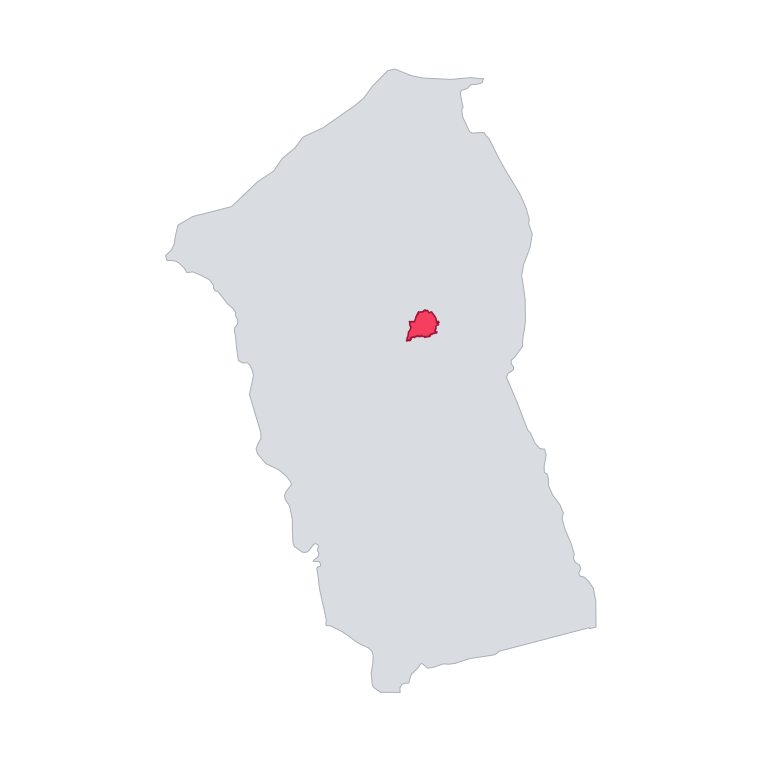 location of Nkoranza South, Brong Ahafo, Ghana, rotated 166°
{"feature_id": "2480657B38880944597072", "entity_name": "Nkoranza South", "entity_type": "district", "adm_level": 2, "iso_a3": "GHA", "parent_name": "Ghana", "parent_adm1": "Brong Ahafo", "projection": "natural_earth1", "projection_center": [-1.641, 7.453], "detail": "fine", "context": "in_parent", "style": "filled", "palette": "rose", "viewbox_px": 768, "rotation_deg": 166, "n_neighbors": 0, "source": "geoboundaries", "source_scale": "gbopen_adm2", "svg_char_len": 7261}
<svg xmlns="http://www.w3.org/2000/svg" viewBox="0 0 768 768"><g transform="rotate(166 384 384)"><path d="M461.8,85.7L467.0,91.4L468.2,94.6L466.3,106.9L462.5,115.5L460.1,123.6L460.4,127.6L462.8,131.6L470.7,138.0L474.7,142.1L479.5,148.3L485.1,154.4L494.5,162.3L498.5,163.7L498.3,165.9L497.0,169.0L496.2,198.5L495.5,206.1L494.8,209.9L493.9,221.0L492.9,222.5L491.2,222.4L489.5,222.8L489.1,225.0L489.8,227.3L495.5,228.9L494.2,230.5L490.0,232.0L488.1,235.3L488.9,239.1L486.6,242.2L487.3,244.2L488.8,245.7L491.2,245.2L497.8,240.1L500.6,239.5L504.0,240.6L510.4,248.3L510.7,252.1L508.1,265.1L505.6,275.2L505.2,288.5L507.8,296.0L507.5,300.1L504.6,303.7L498.0,308.9L498.5,312.4L501.5,319.0L507.1,326.3L517.9,335.3L523.7,347.2L523.8,352.0L520.5,356.8L516.6,360.9L515.3,367.0L517.1,406.5L508.6,423.7L508.5,428.6L509.4,434.2L511.6,437.7L516.0,438.6L519.6,441.9L518.4,454.0L516.5,466.3L516.2,472.2L515.1,475.0L511.7,477.3L510.5,481.2L511.4,486.0L510.7,489.5L512.6,494.1L516.5,499.8L522.8,514.0L525.2,515.1L526.3,518.1L525.6,521.0L528.0,527.2L535.0,533.5L542.4,539.0L548.3,539.8L549.7,544.7L553.6,550.9L556.4,553.6L560.9,555.4L564.7,556.3L564.8,561.6L558.2,565.2L553.7,570.6L550.2,578.9L545.5,588.0L529.1,592.8L522.8,592.8L489.1,593.0L457.6,610.9L439.5,617.3L428.3,627.4L413.3,634.6L402.8,643.2L381.1,647.4L345.3,661.1L334.2,666.5L322.9,676.0L304.5,687.2L297.3,687.0L282.9,676.6L272.1,671.4L245.6,663.4L225.8,660.3L216.3,656.9L213.7,656.3L215.9,652.6L221.4,652.3L227.2,653.5L231.6,650.6L238.0,650.2L239.7,647.2L240.2,639.7L240.2,633.6L242.4,630.9L243.0,623.8L239.9,607.9L237.6,606.1L226.1,603.9L225.2,600.7L223.1,597.4L221.0,589.2L218.4,577.0L214.4,562.0L206.7,537.1L204.8,528.3L203.5,519.4L203.2,508.7L204.8,504.7L204.5,499.2L203.8,493.7L209.3,481.0L220.0,465.5L222.3,459.9L224.3,456.0L224.6,450.5L226.5,432.4L231.6,410.6L234.8,402.3L237.0,397.9L239.6,390.6L240.3,387.2L250.2,378.7L254.7,376.3L255.7,373.0L254.2,369.3L254.8,366.8L257.2,365.5L260.8,364.5L263.5,361.0L259.3,334.1L256.0,307.3L255.8,305.0L253.8,301.3L251.8,290.2L248.5,283.7L243.9,281.8L243.9,275.7L248.6,265.4L249.8,259.3L247.6,257.5L247.3,252.8L248.9,245.2L248.1,240.5L247.2,235.5L242.4,223.8L241.2,215.4L243.7,210.6L243.6,199.9L241.0,183.5L240.6,173.1L242.4,168.8L241.5,164.7L238.0,160.8L237.8,157.0L240.8,153.3L240.4,150.4L236.6,148.3L233.3,143.3L230.3,135.3L231.0,122.4L236.6,98.8L237.3,96.8L243.6,96.9L243.7,97.9L263.4,97.7L285.9,97.4L312.9,97.1L337.3,96.9L338.4,95.8L342.4,94.5L367.2,96.9L382.6,95.7L389.2,96.5L394.0,98.1L404.7,97.1L410.4,97.7L414.7,103.6L416.4,103.5L418.8,101.0L423.1,98.2L427.4,95.9L430.5,91.3L432.4,87.8L435.2,88.5L439.3,88.3L442.0,85.4L443.0,80.8L461.8,85.7Z" fill="#d9dde1" stroke="#a8b0b8" stroke-width="1"/><path d="M323.1,420.8L322.5,420.8L322.4,420.8L322.2,421.2L321.8,421.3L321.6,421.6L321.4,421.6L321.3,421.3L321.2,421.2L320.9,420.9L320.7,420.8L320.5,421.2L320.2,421.3L320.1,421.5L320.2,421.8L320.3,421.8L320.6,421.6L321.0,422.0L321.4,422.9L321.5,423.0L321.3,423.3L321.2,423.6L321.3,423.6L321.4,423.8L321.6,423.9L320.8,424.7L320.5,424.7L320.3,425.0L320.1,425.1L320.0,425.3L320.0,425.5L320.0,426.0L319.9,426.8L319.8,427.2L319.8,427.4L319.3,427.6L318.8,427.9L318.7,428.0L318.2,428.3L318.2,428.5L317.6,428.6L317.4,428.6L317.0,428.3L316.8,428.2L316.6,428.3L316.5,428.2L316.3,428.1L317.1,428.8L316.8,430.0L315.8,430.3L315.9,431.0L316.4,431.8L316.8,431.7L317.2,431.3L317.6,430.9L317.8,430.8L318.1,430.8L317.7,435.2L318.6,438.2L320.2,441.7L320.3,441.8L320.4,442.2L320.4,442.4L321.6,442.5L321.9,442.4L322.5,442.4L322.7,442.2L322.8,442.4L323.0,442.4L323.2,442.6L323.4,442.9L323.4,443.0L323.5,443.2L323.6,443.6L323.7,443.8L323.7,444.1L323.8,444.2L324.1,444.9L324.3,445.0L324.5,444.9L324.6,445.0L325.4,445.1L325.6,445.1L325.8,445.1L326.0,445.1L326.0,445.3L326.4,445.4L326.3,445.6L326.6,445.6L326.6,445.8L326.8,445.9L327.0,445.7L326.9,445.6L327.0,445.4L327.3,445.6L327.7,445.5L328.1,445.0L328.2,444.9L328.3,444.7L329.2,445.0L329.6,445.0L329.8,444.7L330.3,444.7L330.5,444.7L330.8,444.7L330.9,444.9L331.0,445.1L332.0,445.1L332.5,445.2L332.9,445.7L333.0,445.7L333.3,445.2L333.6,445.0L333.8,444.9L334.0,444.6L333.9,444.6L333.8,444.3L333.8,444.2L334.0,443.6L334.4,443.3L334.5,443.4L334.8,443.4L335.2,443.4L335.3,443.3L335.4,443.1L335.4,442.8L335.5,442.6L335.8,442.2L336.0,442.0L336.2,441.9L336.3,441.8L336.5,441.6L336.6,441.4L336.8,441.4L336.9,441.0L337.0,440.9L337.1,440.7L337.3,440.4L337.6,439.9L337.7,439.6L337.8,439.4L337.9,439.2L338.3,438.7L338.5,438.4L338.5,438.2L338.8,437.8L339.0,437.8L339.0,437.7L339.2,437.3L339.4,437.3L339.5,437.3L339.6,437.2L339.9,437.1L340.1,437.1L340.3,437.1L340.5,437.1L340.7,437.3L341.2,437.4L341.3,437.5L341.6,437.7L341.6,437.8L341.8,437.8L342.3,438.0L342.5,437.8L342.6,437.7L342.8,437.7L343.2,437.6L343.3,437.7L343.6,437.8L343.7,438.0L343.8,438.4L344.0,438.5L344.2,438.4L344.1,438.2L344.1,437.8L344.2,437.7L344.2,437.4L344.3,437.0L344.2,436.8L344.2,436.6L344.3,436.3L344.5,436.1L344.5,435.9L344.6,435.7L344.6,435.1L344.7,434.8L344.6,434.7L344.6,434.4L344.6,434.2L344.6,433.9L344.5,433.7L344.2,433.3L344.1,433.1L343.9,433.0L343.8,432.8L344.2,432.3L344.4,432.3L344.8,431.4L346.2,429.6L346.4,429.4L346.5,429.3L346.9,429.1L347.3,428.8L347.5,428.7L347.7,428.4L348.0,427.6L348.1,427.4L348.5,426.4L348.6,426.0L348.5,425.8L348.8,425.6L349.0,425.2L349.3,424.3L349.4,424.2L349.5,424.1L349.7,423.9L349.9,423.8L350.0,423.6L350.7,422.5L350.8,422.1L350.8,421.5L350.9,421.1L351.6,420.9L351.6,420.3L351.5,420.2L351.1,420.2L350.7,420.3L350.5,420.6L350.2,420.8L349.8,420.9L349.5,420.6L349.4,420.5L349.4,420.1L348.8,419.9L348.5,420.2L348.3,420.3L347.9,420.1L347.9,420.5L347.9,420.8L347.7,420.8L347.6,420.6L347.3,420.8L347.2,421.0L347.1,421.3L347.1,421.5L347.0,421.8L346.9,421.7L346.9,421.8L346.8,421.7L346.7,421.8L346.6,421.7L346.5,422.0L346.2,422.0L346.1,422.3L345.8,422.4L345.8,422.5L345.6,422.5L345.4,422.4L345.2,422.5L344.9,422.6L344.7,422.4L344.5,422.5L344.4,422.6L344.2,422.6L344.0,422.4L343.9,422.4L343.7,422.4L343.6,422.1L343.3,422.0L343.2,422.0L343.0,421.7L342.9,421.8L342.8,422.0L342.7,422.1L342.3,422.2L342.1,422.3L342.0,422.5L341.9,422.5L341.7,422.5L341.4,422.6L341.1,422.5L341.0,422.4L340.9,422.4L340.7,422.3L340.5,422.2L340.4,422.3L340.4,422.2L340.2,422.3L339.8,422.6L339.7,422.5L339.6,422.4L339.1,422.0L338.9,422.1L338.7,422.1L338.5,421.9L338.5,422.0L338.3,422.0L338.4,421.6L337.9,421.5L336.8,421.4L336.3,421.1L336.0,421.2L335.8,421.4L335.8,421.6L335.5,421.2L335.4,421.2L335.1,421.1L334.9,420.8L334.6,420.7L334.2,420.7L333.9,420.4L333.7,420.2L333.7,420.3L333.5,420.2L333.4,420.2L333.3,419.8L333.3,419.7L333.0,419.5L332.9,419.4L332.8,419.5L332.8,419.4L332.6,419.4L332.4,419.5L332.3,419.4L332.2,419.4L331.7,419.4L331.5,419.5L331.5,419.4L331.5,419.5L331.1,419.5L330.9,419.5L330.7,419.7L330.4,419.6L330.0,419.2L329.8,419.4L329.6,419.3L329.3,419.3L329.1,419.6L328.9,419.5L328.8,419.4L328.7,419.4L328.5,419.1L328.4,419.1L328.2,419.1L328.3,419.3L328.3,419.5L328.2,419.5L327.9,419.5L327.7,419.7L327.6,419.8L327.6,420.0L327.4,419.9L327.2,420.0L327.2,420.5L327.0,420.4L326.9,420.4L326.7,420.7L326.4,420.7L326.3,420.9L326.2,421.0L325.9,420.9L325.7,421.0L325.6,420.8L325.5,420.7L325.4,420.9L325.2,420.8L324.8,420.9L324.7,420.9L324.5,421.1L324.3,421.1L324.1,421.0L323.9,421.1L323.6,421.2L323.4,421.2L323.1,420.8Z" fill="#f43f5e" stroke="#9f1239" stroke-width="1.5"/></g></svg>